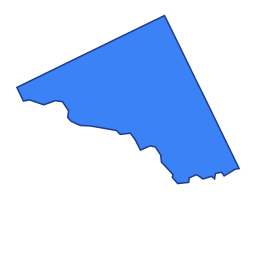 the district of Cleveland, Oklahoma, United States of America, rotated 334°
{"feature_id": "52423323B91358685939419", "entity_name": "Cleveland", "entity_type": "district", "adm_level": 2, "iso_a3": "USA", "parent_name": "United States of America", "parent_adm1": "Oklahoma", "projection": "mercator", "projection_center": [-97.393, 35.153], "detail": "fine", "context": "isolated", "style": "filled", "palette": "blue", "viewbox_px": 256, "rotation_deg": 334, "n_neighbors": 0, "source": "geoboundaries", "source_scale": "gbopen_adm2", "svg_char_len": 765}
<svg xmlns="http://www.w3.org/2000/svg" viewBox="0 0 256 256"><g transform="rotate(334 128 128)"><path d="M45.9,42.8L45.8,57.9L51.7,59.5L62.5,70.2L68.3,70.9L74.5,71.5L80.7,75.7L82.1,86.6L78.4,92.2L79.8,97.0L86.2,104.8L94.7,109.4L116.5,125.1L118.2,130.3L127.9,133.7L129.3,141.6L129.5,153.3L139.9,153.7L144.3,157.0L145.5,166.7L143.1,173.3L148.1,189.7L146.2,191.6L148.3,199.7L158.7,203.5L161.3,199.5L169.3,200.1L173.1,206.7L182.0,208.1L183.5,211.7L186.6,207.2L192.7,208.8L193.4,213.2L206.3,212.0L210.1,213.2L210.1,180.4L210.2,147.5L210.2,131.0L210.1,113.2L210.2,59.5L210.1,42.9L161.1,42.8L155.6,42.8L122.8,42.8L117.3,42.8L111.7,42.8L106.2,42.8L98.0,42.8L92.5,42.8L85.3,42.8L78.7,42.8L75.8,42.8L45.9,42.8Z" fill="#3b82f6" stroke="#1e3a8a" stroke-width="1.5"/></g></svg>